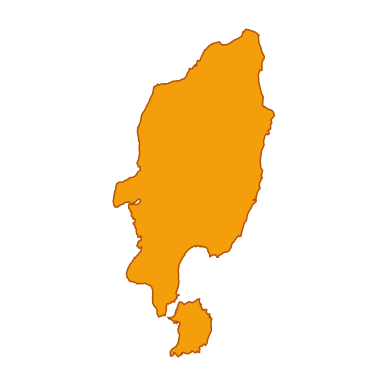 Providencia (Santa Isabel), San Andrés y Providencia, Colombia (Equal Earth projection), rotated 183°
{"feature_id": "7082276B29529138088476", "entity_name": "Providencia (Santa Isabel)", "entity_type": "district", "adm_level": 2, "iso_a3": "COL", "parent_name": "Colombia", "parent_adm1": "San Andrés y Providencia", "projection": "equal_earth", "projection_center": [-81.369, 13.358], "detail": "fine", "context": "isolated", "style": "filled", "palette": "amber", "viewbox_px": 384, "rotation_deg": 183, "n_neighbors": 0, "source": "geoboundaries", "source_scale": "gbopen_adm2", "svg_char_len": 5986}
<svg xmlns="http://www.w3.org/2000/svg" viewBox="0 0 384 384"><g transform="rotate(183 192 192)"><path d="M243.9,125.4L245.3,123.1L245.9,123.3L245.7,122.8L247.6,120.6L247.7,119.6L249.6,117.4L251.9,112.5L253.2,107.1L252.4,103.4L251.9,102.5L251.0,102.2L250.3,100.4L249.1,99.4L247.2,99.5L243.8,98.6L241.8,97.3L241.2,97.3L240.2,98.3L238.1,97.6L234.2,98.4L228.5,96.2L227.2,94.5L226.2,92.1L225.7,87.1L226.0,84.8L225.5,82.7L225.9,81.6L225.3,80.8L225.4,79.0L223.9,76.3L221.5,74.0L220.7,71.7L220.4,68.5L219.6,66.7L218.6,65.6L217.9,65.6L214.8,67.3L212.3,67.2L212.2,70.2L211.7,71.2L211.8,73.1L211.5,73.1L211.4,73.9L211.5,75.7L211.9,76.7L211.3,77.7L211.2,78.8L210.4,79.3L209.7,78.9L208.3,79.6L207.2,80.8L206.8,80.5L205.8,81.6L203.8,81.3L203.4,81.9L203.9,82.8L202.5,84.6L201.5,84.7L201.9,86.8L199.5,88.4L199.7,88.7L201.0,87.9L202.1,88.9L202.7,90.8L201.7,92.9L201.4,95.4L201.0,95.5L200.3,101.8L201.1,103.8L200.8,106.3L201.2,107.9L201.0,109.8L201.5,111.5L201.5,115.5L201.1,116.9L201.5,117.3L201.3,118.7L197.9,126.0L196.0,128.7L195.8,130.2L192.4,134.4L189.6,136.7L185.6,138.5L185.0,137.6L184.5,138.3L183.2,138.8L182.9,138.4L182.2,138.6L181.0,137.5L181.0,137.0L180.7,138.2L179.9,138.8L178.8,137.7L177.4,137.9L175.2,137.4L173.2,135.6L173.1,133.9L171.0,130.4L170.9,128.5L170.1,129.1L169.5,129.0L168.4,130.0L166.2,130.6L164.5,129.7L163.7,128.2L162.5,128.2L161.6,130.2L158.9,131.6L157.4,133.2L153.4,134.1L151.8,135.5L150.4,138.0L149.9,139.4L150.1,140.3L149.5,141.3L149.2,142.9L147.1,145.0L146.3,147.0L145.2,148.1L145.1,148.8L143.2,150.7L143.1,150.2L141.8,150.1L140.6,150.9L140.6,153.0L138.3,163.1L136.1,166.9L135.5,172.1L134.0,176.0L131.9,179.4L131.4,181.8L127.5,185.8L127.6,187.4L130.0,187.0L130.4,187.5L127.7,188.3L127.7,190.8L127.2,191.8L127.3,193.2L125.8,197.1L124.8,198.2L124.4,199.6L124.4,200.3L125.2,200.8L125.2,201.5L124.8,205.3L123.7,207.2L124.0,208.0L123.8,209.0L122.6,209.4L122.7,210.2L123.7,211.4L124.0,212.3L123.5,212.5L122.6,217.1L124.9,220.4L124.7,221.8L125.5,226.6L125.0,234.4L124.6,237.1L122.5,242.7L123.2,246.0L122.3,251.4L120.9,253.7L120.1,253.9L119.2,253.2L118.0,254.2L117.9,254.7L118.9,256.2L119.0,257.4L118.7,258.0L117.8,258.0L116.8,259.4L117.1,263.1L115.9,265.2L116.9,268.2L113.8,272.5L114.9,276.0L116.7,277.7L120.8,278.9L123.8,280.9L124.0,280.5L125.1,280.8L126.1,283.0L125.9,290.7L128.3,295.4L131.2,305.9L131.9,312.8L130.8,317.1L128.9,316.9L128.4,317.6L129.0,322.3L128.8,324.7L128.1,327.3L127.0,328.9L126.9,331.0L129.7,336.0L130.8,339.9L133.0,344.4L133.9,350.6L133.8,351.6L133.3,351.9L133.4,352.2L134.7,352.7L135.4,353.8L138.1,355.3L144.8,357.1L147.0,357.1L148.6,354.7L149.4,354.8L149.6,354.4L150.1,351.2L150.6,350.3L152.7,348.5L157.6,345.9L162.6,342.1L166.2,340.7L169.8,340.7L170.5,340.9L172.4,343.3L178.8,341.5L179.3,340.8L180.5,340.5L182.6,338.8L186.0,334.7L186.6,334.7L189.2,328.8L190.7,324.5L191.6,323.1L192.9,323.6L193.5,323.4L193.5,322.5L194.2,321.2L194.0,319.3L194.9,319.3L194.8,318.6L194.4,318.5L194.6,318.0L195.4,318.7L196.3,318.6L196.8,316.9L197.6,316.6L197.7,315.3L198.2,315.0L198.7,315.3L200.2,314.7L201.1,315.0L201.0,313.4L203.2,309.8L203.6,307.5L205.8,304.6L207.9,304.1L211.1,302.0L212.1,302.4L217.2,301.4L222.4,298.6L223.9,298.8L224.6,298.1L225.8,298.7L229.2,297.9L230.1,297.2L231.0,297.2L231.8,298.0L233.1,296.3L235.0,295.5L235.6,294.8L236.3,288.6L238.7,283.0L239.7,279.5L241.4,276.3L243.3,271.6L245.9,267.2L246.5,265.1L247.1,259.4L248.4,256.0L248.2,255.5L249.6,253.7L249.6,248.6L248.2,243.3L248.0,240.7L247.1,239.0L246.9,237.5L247.0,231.7L246.3,228.4L247.0,222.5L247.8,219.4L248.3,218.6L248.4,217.3L247.4,216.3L247.0,214.4L245.4,214.6L244.7,211.1L246.9,209.4L247.9,207.9L248.0,206.7L250.3,204.5L252.2,203.5L255.0,203.0L257.2,200.8L259.2,200.1L261.9,198.2L264.9,198.1L267.3,196.6L268.1,194.9L268.3,190.8L269.2,188.4L270.2,178.6L269.2,174.5L268.0,173.1L267.2,172.8L265.9,173.4L265.3,173.1L264.3,174.3L262.4,175.5L260.2,176.3L258.0,178.2L255.7,178.4L254.7,179.0L253.8,178.3L253.1,176.8L252.6,176.8L248.1,179.0L244.9,182.3L242.8,181.1L244.2,178.1L245.2,177.2L247.5,176.5L249.0,177.2L250.4,176.3L251.2,176.7L252.0,176.2L254.2,176.7L254.6,175.3L254.3,172.5L252.3,170.1L252.5,169.2L251.6,168.7L251.1,167.5L251.5,166.9L251.0,164.5L249.4,163.4L249.7,162.8L249.5,161.9L247.4,161.7L247.0,160.1L247.8,159.2L247.8,158.2L249.0,158.1L249.0,156.9L247.0,155.4L247.1,153.9L245.7,152.0L245.7,150.0L245.0,147.3L243.9,145.8L243.8,144.3L242.4,144.0L240.8,145.3L240.2,144.7L240.6,144.4L240.2,142.3L240.5,141.5L241.0,140.5L241.9,140.7L243.0,139.6L243.5,138.7L243.2,137.8L244.1,136.0L243.8,135.6L244.0,135.0L242.9,134.4L242.4,133.4L241.5,133.6L241.3,133.2L239.4,134.4L240.0,129.9L242.2,127.4L242.7,126.2L243.9,125.4ZM200.3,30.1L197.6,26.9L197.0,26.9L193.1,29.8L193.2,30.3L194.1,30.0L193.9,30.7L192.2,31.4L189.5,30.4L187.3,30.3L184.4,32.0L183.7,33.4L180.5,31.6L179.5,31.9L178.6,33.3L177.3,32.1L176.7,32.1L176.0,32.5L176.3,34.5L175.9,35.1L176.0,36.0L176.8,36.9L176.6,37.8L173.9,38.6L172.6,40.7L171.8,40.6L170.7,39.5L169.2,41.4L168.9,44.5L167.4,49.7L165.4,54.5L166.3,63.9L165.5,66.0L166.8,67.8L167.1,67.8L167.1,67.1L167.5,67.0L167.4,68.7L167.8,68.9L168.0,68.1L168.5,69.4L167.8,69.6L168.0,71.2L169.8,70.9L171.3,72.3L171.7,73.4L171.0,74.5L171.2,75.2L172.4,75.5L173.6,74.9L174.4,75.3L175.4,74.6L176.1,77.0L177.3,78.6L177.1,79.3L177.8,79.5L177.7,80.0L177.1,80.3L178.7,81.8L179.1,84.6L178.9,85.6L181.5,84.9L182.6,83.5L185.8,81.5L189.3,82.3L193.9,79.3L196.6,81.4L198.7,81.5L199.7,79.5L200.1,76.7L200.6,76.4L200.3,75.0L201.3,74.2L201.4,73.7L201.0,73.4L201.6,73.3L202.0,72.3L202.0,71.5L201.6,71.1L202.5,70.3L202.6,69.4L202.2,69.1L202.8,67.6L204.5,66.7L205.3,65.5L209.3,65.4L208.7,64.4L205.9,63.4L203.4,61.9L203.4,60.5L202.9,60.1L201.7,60.4L201.2,62.4L200.5,61.7L200.2,60.2L199.3,61.3L198.1,61.3L197.1,60.6L197.3,58.9L198.4,57.5L197.8,56.7L198.8,54.4L198.4,51.8L196.9,48.5L196.9,46.9L197.5,45.4L197.6,42.4L198.2,41.1L198.3,39.5L200.0,36.7L203.1,34.5L204.3,33.1L205.4,31.0L204.9,27.4L204.4,26.9L203.5,27.2L201.4,29.2L201.7,30.7L200.3,30.1Z" fill="#f59e0b" stroke="#b45309" stroke-width="1.5"/></g></svg>